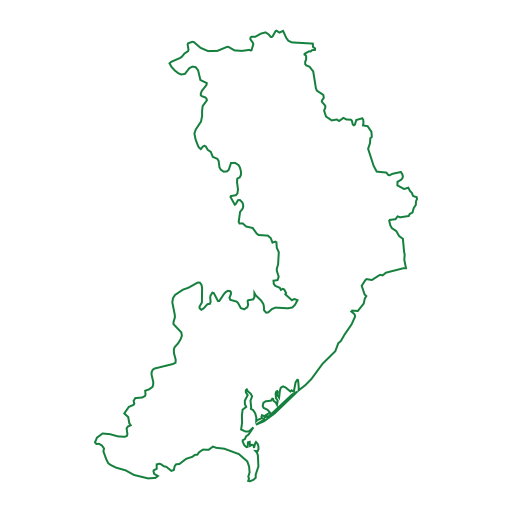 map outline of Odessa (orthographic projection)
{"feature_id": "UKR-322", "entity_name": "Odessa", "entity_type": "Region", "adm_level": 1, "iso_a3": "UKR", "parent_name": "Ukraine", "parent_adm1": "", "projection": "orthographic", "projection_center": [29.872, 46.718], "detail": "fine", "context": "isolated", "style": "outline", "palette": "green", "viewbox_px": 512, "rotation_deg": 0, "n_neighbors": 0, "source": "natural_earth", "source_scale": "10m", "svg_char_len": 6032}
<svg xmlns="http://www.w3.org/2000/svg" viewBox="0 0 512 512"><path d="M96.4,444.0L95.0,442.3L97.0,437.6L102.6,433.5L110.1,434.2L117.9,436.4L124.7,436.8L126.9,435.9L127.4,434.1L126.6,428.4L127.9,426.5L130.7,425.3L129.3,423.2L128.2,417.0L124.3,413.5L128.8,406.9L133.6,404.8L134.3,403.7L133.6,400.9L135.3,398.1L142.3,397.5L145.1,395.9L145.5,394.5L145.2,390.7L149.0,389.4L152.4,387.0L153.1,385.1L153.3,382.1L151.5,374.4L151.7,371.9L152.8,369.7L154.7,368.5L172.9,364.0L175.5,362.8L175.7,359.8L174.0,353.3L173.8,349.6L174.6,347.2L178.2,343.2L180.6,339.2L181.9,335.7L181.3,332.4L173.5,324.2L173.5,322.1L174.9,317.3L174.8,314.9L172.3,302.3L173.0,298.1L175.1,294.9L182.9,289.7L188.5,287.7L197.6,282.6L199.8,282.6L201.5,284.8L202.1,288.0L201.9,302.4L199.5,306.7L199.6,308.2L201.3,309.8L203.6,308.4L207.4,304.2L209.9,303.8L210.6,301.9L210.2,297.5L210.5,295.7L212.4,292.6L213.8,293.1L218.0,301.1L219.3,301.0L223.9,294.1L225.8,292.0L228.0,290.8L230.3,291.2L230.9,292.2L230.9,294.2L229.5,297.6L230.3,299.8L236.6,301.6L238.0,302.9L240.8,308.1L244.2,309.3L247.3,307.3L248.1,304.8L247.6,301.1L248.2,300.2L253.2,299.4L254.4,297.2L254.4,293.0L255.7,295.3L261.1,300.5L263.3,303.9L263.9,306.5L264.1,310.4L266.2,312.7L268.2,312.4L272.0,309.0L275.5,307.6L287.8,308.3L292.3,307.5L295.0,304.8L297.5,300.2L294.4,299.0L291.9,300.2L285.3,294.3L286.1,293.0L284.2,289.5L282.8,288.8L280.9,289.9L279.8,287.8L275.2,285.8L273.8,284.0L273.5,280.7L277.5,280.1L278.7,276.8L276.8,270.8L276.8,268.8L278.1,264.3L278.8,252.2L276.8,247.8L276.4,242.3L275.3,241.6L272.5,242.6L270.7,238.1L267.8,235.6L258.6,235.0L256.7,233.6L252.7,228.0L246.1,226.5L242.7,223.4L239.5,223.5L238.7,221.8L240.1,211.9L242.5,208.9L243.2,206.9L243.1,204.6L242.4,202.5L239.9,200.0L238.0,200.2L235.9,203.8L234.8,204.7L230.5,197.0L230.8,196.1L235.9,195.2L237.4,193.4L238.0,189.7L237.0,181.9L237.3,178.6L239.8,177.3L241.0,174.7L240.9,171.2L240.0,167.8L238.7,165.2L235.1,162.9L231.0,163.0L228.8,169.7L227.0,171.4L223.7,171.7L220.8,169.7L219.5,167.4L218.6,160.8L217.3,158.8L212.8,156.9L210.8,151.9L207.7,149.8L205.9,146.6L204.5,145.8L202.8,146.6L200.8,149.1L199.0,147.6L198.1,146.0L195.6,139.5L194.4,133.5L195.7,129.6L201.0,121.6L202.1,116.0L202.1,110.7L202.7,106.0L206.9,100.3L206.5,98.7L205.3,97.4L201.8,96.2L200.8,95.2L200.8,93.5L201.8,90.9L206.4,85.1L206.8,83.1L200.4,80.0L198.1,70.3L195.7,67.2L192.6,66.6L189.4,68.1L184.9,73.9L181.3,74.5L178.2,73.2L174.7,70.4L171.5,66.9L169.5,63.3L171.3,61.8L179.8,58.1L181.9,56.7L184.4,53.6L188.1,51.1L188.5,49.7L187.6,44.4L188.0,43.4L192.2,41.8L193.9,42.1L200.5,47.8L208.1,51.1L217.3,50.9L227.0,46.9L228.5,46.9L234.5,50.4L242.0,50.9L249.1,49.9L251.0,50.5L251.5,50.2L253.3,44.3L252.8,42.7L250.3,39.2L250.6,37.4L251.8,36.7L255.2,36.8L261.0,33.6L265.5,32.4L268.4,34.2L270.7,36.9L271.7,37.0L272.7,36.3L275.5,31.2L276.4,30.7L279.4,32.6L283.1,30.9L286.2,37.8L288.3,40.7L291.8,42.4L312.8,43.6L313.0,46.9L315.1,48.5L315.0,49.9L312.0,50.2L310.6,51.5L309.1,51.3L304.6,53.8L304.5,54.6L305.8,55.4L306.2,56.8L306.1,59.8L305.2,61.6L305.2,64.1L306.2,65.4L309.5,66.7L313.2,71.4L315.9,88.2L316.9,90.7L323.3,94.9L323.8,97.9L321.9,100.5L321.8,101.7L325.3,105.8L325.3,107.5L324.1,110.7L326.0,116.5L331.7,120.4L336.8,119.5L339.1,121.0L343.4,117.9L346.5,119.5L350.8,119.7L351.8,120.6L352.8,124.5L353.8,125.3L354.9,124.6L356.3,120.0L362.3,118.3L363.2,119.8L363.5,122.4L363.0,125.4L367.6,126.2L371.4,131.7L371.8,136.4L371.5,137.4L370.3,138.3L370.0,143.2L368.1,148.8L373.6,165.7L376.7,171.6L386.4,172.6L388.3,175.0L389.4,175.3L392.5,173.8L400.9,172.0L402.4,174.5L402.9,176.6L402.3,178.4L400.9,179.9L397.5,181.8L397.4,185.4L404.1,189.0L408.3,187.7L410.0,191.0L411.8,192.8L413.1,196.0L416.7,197.2L417.0,198.9L416.0,201.4L415.8,204.9L413.7,208.1L412.5,212.5L409.6,214.1L408.8,216.0L400.2,217.3L397.6,216.4L395.5,219.2L389.8,219.9L389.2,220.7L390.3,225.3L391.9,228.2L396.3,231.1L399.2,236.2L402.9,238.8L404.1,252.1L404.7,254.4L404.3,259.9L406.0,268.2L403.1,268.3L385.9,272.7L382.6,275.4L380.5,274.8L379.2,275.3L371.9,280.0L366.5,279.1L365.3,280.2L361.7,285.8L364.6,294.5L366.3,296.1L364.8,298.5L363.7,303.6L357.8,311.0L352.2,310.6L351.3,311.5L354.2,313.9L354.9,315.2L355.0,316.8L351.6,324.3L344.5,334.7L340.8,341.1L338.3,343.2L335.3,351.2L322.6,363.7L311.3,379.1L305.4,385.1L298.5,390.5L298.8,388.5L298.1,380.1L297.3,379.8L295.6,382.2L293.9,391.2L293.1,391.4L291.6,390.3L290.4,391.5L285.6,387.5L283.1,386.4L280.8,387.7L279.9,390.6L279.1,397.7L277.0,394.6L277.7,391.9L277.3,391.1L276.4,391.4L275.6,393.5L276.0,398.1L277.7,400.7L277.0,404.8L275.7,402.4L273.4,400.7L273.2,398.9L272.3,398.7L270.9,400.7L265.6,401.3L263.4,402.8L262.7,405.9L263.5,407.8L267.7,409.9L270.0,412.6L264.2,416.2L262.0,415.2L261.5,416.5L262.0,418.1L257.5,420.0L256.2,421.3L256.3,417.4L255.2,413.3L253.2,410.2L250.9,408.9L251.2,407.8L250.5,400.7L252.1,396.3L250.7,393.7L247.9,391.4L246.8,389.4L245.8,390.3L245.9,392.5L247.7,395.1L244.8,400.7L244.9,404.2L246.2,406.9L242.6,409.7L241.9,415.6L242.1,422.7L241.1,429.5L245.2,431.4L247.2,431.6L249.2,431.2L253.4,427.4L248.6,434.5L246.1,436.3L244.9,439.1L242.7,440.3L242.7,441.6L244.3,445.2L246.4,447.1L247.6,446.9L248.0,442.3L249.7,441.8L250.0,445.9L251.2,445.3L251.1,444.8L252.8,444.9L253.5,445.5L254.0,447.9L255.2,443.2L256.0,442.0L257.6,443.9L258.4,446.3L258.5,449.2L257.6,451.2L255.5,451.0L257.0,452.7L257.9,455.5L258.4,466.5L255.7,474.6L255.7,477.7L253.5,479.8L249.8,481.3L248.2,480.9L249.0,478.7L248.3,476.7L249.6,472.4L249.1,466.6L247.3,461.4L238.9,454.1L224.3,448.7L216.2,447.8L212.9,446.6L208.6,449.8L203.0,449.6L199.1,452.2L197.3,454.7L194.8,454.9L192.4,456.8L186.2,458.8L179.4,464.0L176.1,464.3L174.7,466.1L173.8,470.0L171.4,470.9L166.3,466.8L163.9,466.3L161.1,464.3L159.5,463.7L156.7,464.4L156.7,468.8L153.7,470.3L153.5,471.4L154.2,473.9L157.9,476.0L155.4,477.9L148.1,478.4L134.1,475.0L125.5,470.3L116.2,467.7L110.7,465.0L108.3,463.3L106.4,459.6L103.4,451.4L104.0,448.5L102.0,445.6L99.0,443.8L96.4,444.0ZM269.1,416.1L292.0,394.6L297.2,391.7L274.5,413.5L263.9,421.3L255.9,424.7L263.3,420.2L264.7,417.3L269.1,416.1Z" fill="none" stroke="#15803d" stroke-width="2"/></svg>